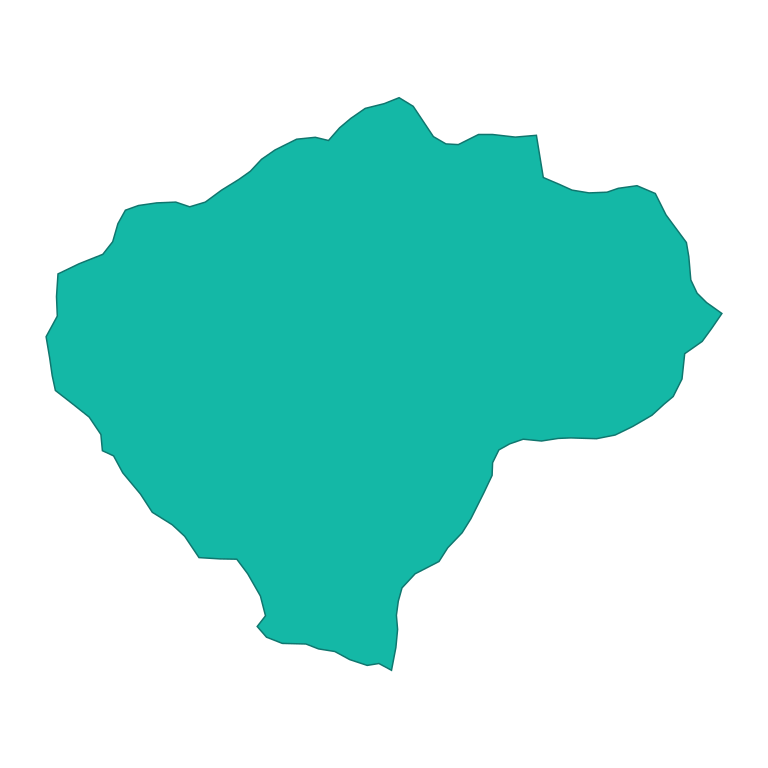 the district of Catiguá, São Paulo, Brazil
{"feature_id": "56859067B52340908889557", "entity_name": "Catiguá", "entity_type": "district", "adm_level": 2, "iso_a3": "BRA", "parent_name": "Brazil", "parent_adm1": "São Paulo", "projection": "albers", "projection_center": [-49.049, -21.07], "detail": "fine", "context": "isolated", "style": "filled", "palette": "teal", "viewbox_px": 768, "rotation_deg": 0, "n_neighbors": 0, "source": "geoboundaries", "source_scale": "gbopen_adm2", "svg_char_len": 1429}
<svg xmlns="http://www.w3.org/2000/svg" viewBox="0 0 768 768"><path d="M721.9,313.5L706.6,302.6L697.1,293.2L690.8,279.9L688.8,256.6L686.4,242.5L666.0,214.9L655.3,193.5L637.0,185.7L618.3,188.3L607.0,192.2L589.0,192.9L572.0,190.1L560.3,184.8L543.3,177.5L536.4,135.3L515.3,137.1L492.6,134.5L478.5,134.5L458.3,144.6L445.9,143.9L433.4,136.6L413.2,106.3L399.1,97.7L384.0,103.7L365.2,108.4L350.9,118.3L339.7,127.7L328.5,140.5L315.3,137.3L296.6,139.2L275.1,149.9L261.5,159.3L250.3,171.3L238.9,179.4L221.6,190.1L205.3,202.1L189.7,206.8L175.8,202.1L156.6,202.9L138.5,205.5L125.4,210.2L117.9,223.7L112.7,241.7L102.8,254.3L79.2,263.7L58.0,273.9L56.5,296.6L57.3,316.1L46.1,336.7L49.7,358.1L52.2,375.6L55.4,390.5L71.7,403.2L89.2,417.1L100.9,434.5L102.4,450.7L113.6,455.9L122.8,472.9L140.4,494.0L152.3,512.3L172.3,524.8L184.7,536.3L199.0,557.6L220.2,558.9L236.8,559.2L247.7,573.8L260.4,596.0L265.5,615.8L257.2,626.5L266.5,637.2L282.3,643.4L305.9,644.0L318.5,648.9L334.8,651.5L349.7,659.6L367.2,665.4L378.9,663.5L391.5,670.3L395.9,647.4L397.6,629.4L396.4,615.3L398.3,601.2L402.0,587.9L415.1,573.8L439.0,561.5L447.8,547.7L462.1,532.8L470.9,518.7L483.8,492.9L492.1,475.4L492.6,462.7L498.9,449.9L509.6,443.9L523.2,439.2L541.5,441.0L558.3,438.4L570.7,437.9L596.5,438.7L615.2,435.0L632.8,426.4L652.0,415.2L663.9,404.3L673.2,396.5L682.0,379.0L684.7,353.7L702.2,341.4L711.9,328.1L721.9,313.5Z" fill="#14b8a6" stroke="#0f766e" stroke-width="1.5"/></svg>